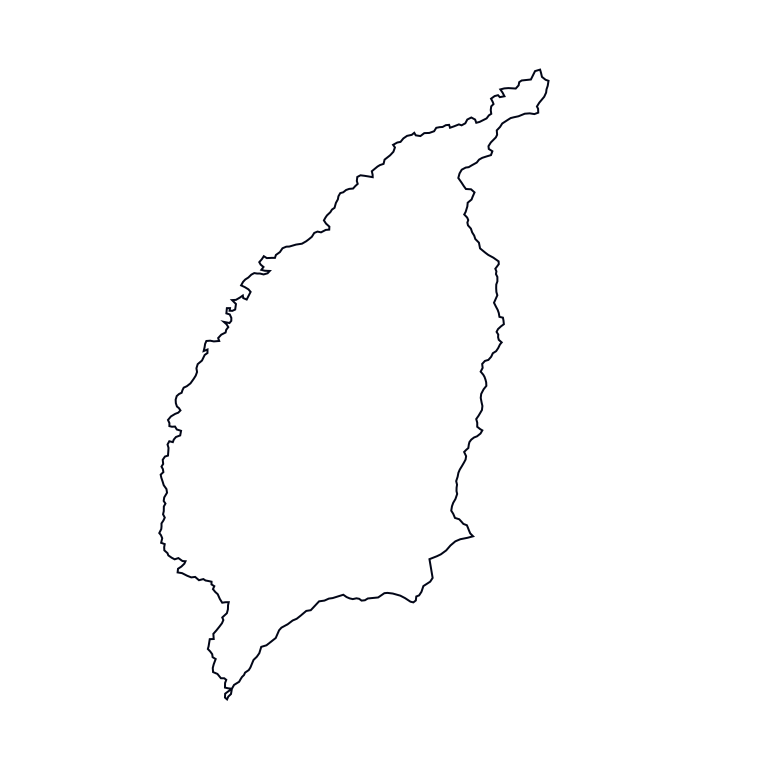 the district of Goianorte, Tocantins, Brazil, rotated 247°
{"feature_id": "56859067B40911142932648", "entity_name": "Goianorte", "entity_type": "district", "adm_level": 2, "iso_a3": "BRA", "parent_name": "Brazil", "parent_adm1": "Tocantins", "projection": "natural_earth1", "projection_center": [-48.98, -8.921], "detail": "fine", "context": "isolated", "style": "outline", "palette": "ink", "viewbox_px": 768, "rotation_deg": 247, "n_neighbors": 0, "source": "geoboundaries", "source_scale": "gbopen_adm2", "svg_char_len": 6167}
<svg xmlns="http://www.w3.org/2000/svg" viewBox="0 0 768 768"><g transform="rotate(247 384 384)"><path d="M209.0,406.5L212.8,405.0L216.2,405.0L219.0,405.1L221.6,405.1L224.2,402.4L226.7,401.6L230.1,400.4L233.0,397.0L237.5,397.0L241.1,396.4L244.9,398.8L247.6,401.3L250.2,404.8L254.2,408.4L257.1,408.9L260.2,410.3L262.8,411.9L266.4,412.5L269.8,415.5L273.2,417.8L275.6,420.3L278.1,423.8L280.5,427.0L282.6,429.6L285.5,431.4L290.1,431.2L291.2,433.8L292.1,436.6L295.1,438.4L297.2,440.0L298.7,442.6L299.6,446.0L299.5,449.2L300.7,453.5L302.9,456.4L304.9,454.9L308.2,453.1L311.9,454.7L315.7,455.2L317.8,458.6L321.8,464.0L325.3,466.0L328.7,466.6L333.4,467.6L336.9,469.6L340.2,473.6L342.3,477.5L345.6,478.7L348.2,479.1L351.2,479.3L353.8,479.0L357.6,477.8L360.3,481.1L364.1,482.2L365.8,485.9L365.4,489.5L367.2,493.3L369.8,496.2L370.4,500.0L372.4,503.1L375.1,506.2L376.3,508.6L379.8,506.9L382.5,507.3L384.9,508.5L388.0,508.0L390.0,510.4L391.4,514.3L392.2,517.7L395.8,518.8L398.6,519.4L400.7,516.5L404.5,517.4L407.8,517.6L411.1,517.3L415.8,517.0L421.4,523.0L424.8,523.4L428.4,524.7L431.7,526.2L434.2,528.5L438.3,530.2L441.4,530.0L443.8,531.5L446.6,531.5L448.1,534.1L449.5,536.5L452.1,537.4L457.6,534.0L462.1,530.4L465.2,528.6L471.3,525.4L477.0,526.6L481.8,524.7L485.4,525.0L489.1,524.4L493.1,524.7L497.2,523.3L500.0,523.8L502.0,525.6L504.7,525.6L508.7,524.1L510.5,526.4L514.9,530.1L518.2,531.9L519.6,536.7L521.5,538.5L525.0,542.2L529.2,540.2L531.5,535.6L534.9,534.8L538.9,534.1L544.6,532.9L548.3,535.8L550.9,539.3L551.3,543.8L550.5,546.7L551.0,550.2L551.6,555.9L553.4,559.2L553.8,562.8L553.4,567.4L552.9,571.9L555.9,574.7L559.4,572.3L562.1,573.1L564.6,576.7L567.3,583.3L569.2,585.5L573.4,586.9L575.3,591.3L577.6,594.6L578.8,601.4L579.3,604.5L578.8,607.7L577.9,612.4L577.8,619.2L576.2,623.9L573.7,627.9L573.5,632.0L577.2,633.4L579.7,633.2L582.3,636.9L585.8,643.7L588.9,647.1L591.7,648.7L594.5,651.2L598.8,653.9L600.9,651.6L605.0,649.4L609.0,650.1L612.4,650.5L613.0,645.3L606.9,638.2L609.6,629.3L609.0,626.4L606.3,624.6L604.5,620.7L607.8,614.1L609.1,610.2L609.7,606.2L605.8,607.0L601.8,607.3L602.8,602.7L605.3,601.8L605.8,598.3L604.8,594.0L601.3,594.3L598.9,594.2L597.7,591.2L594.5,589.3L590.8,588.3L590.3,585.5L588.4,582.2L587.9,574.4L588.4,571.0L591.8,571.2L595.2,568.5L594.9,564.0L592.2,560.7L591.8,556.5L593.7,554.4L593.8,549.4L594.1,544.9L597.1,545.2L598.1,542.0L597.7,538.4L598.7,535.5L599.4,532.2L597.1,528.9L597.4,523.8L599.2,519.1L598.0,514.4L600.5,510.4L603.4,510.0L602.5,506.9L603.4,502.2L602.5,497.8L600.4,493.8L601.1,490.6L600.6,485.8L597.5,486.5L594.1,483.4L592.1,478.9L590.3,472.2L586.8,469.6L587.1,465.8L586.7,463.0L585.7,459.6L584.6,455.9L581.1,455.3L578.8,454.4L581.2,450.7L583.5,447.0L585.3,443.9L585.0,440.3L581.5,438.3L578.5,438.0L577.4,434.9L576.0,431.9L577.2,428.2L577.4,424.9L576.4,421.4L576.8,418.3L574.6,415.4L572.0,413.7L569.5,410.5L565.5,407.3L564.9,404.3L563.1,401.7L561.5,397.4L560.1,395.2L558.1,392.6L554.3,393.3L550.2,395.2L547.5,393.9L548.6,390.6L548.2,385.3L550.3,382.3L550.3,378.8L547.7,375.1L546.6,371.4L545.8,368.2L545.2,363.3L546.7,357.5L547.5,350.6L548.6,347.7L548.6,343.6L546.1,339.7L545.0,334.9L542.7,332.9L543.8,330.4L545.7,325.3L548.6,323.3L546.6,320.3L544.9,316.8L542.1,317.1L538.8,318.8L537.0,315.7L534.9,318.4L532.7,323.0L531.4,320.1L531.9,316.0L534.2,312.9L535.3,310.3L536.8,307.9L536.5,304.6L535.0,300.7L534.4,297.1L533.1,294.2L530.6,291.0L527.6,293.7L524.1,296.2L520.9,297.2L515.4,290.6L518.1,288.0L520.6,288.6L519.9,285.3L519.3,280.6L520.6,276.9L515.5,279.0L510.7,276.1L510.6,273.0L511.8,270.5L514.0,271.9L515.2,269.0L510.6,266.5L508.3,269.2L504.5,269.3L501.8,268.1L500.5,265.6L503.8,260.8L500.5,262.4L497.2,262.9L495.6,260.0L493.3,258.3L493.0,253.5L491.1,249.3L488.0,249.1L489.7,244.0L491.8,240.9L493.0,237.3L490.8,235.0L487.9,233.2L484.8,230.9L484.7,235.0L481.5,233.6L480.8,230.3L476.7,225.6L475.1,220.3L471.8,217.5L468.1,216.6L465.3,214.0L463.2,211.0L460.2,206.1L459.0,201.6L458.9,198.2L457.0,196.0L455.0,194.3L454.9,191.5L453.9,188.5L451.0,186.1L447.7,184.9L444.2,184.6L441.9,185.8L439.2,186.3L438.0,183.4L438.1,180.1L437.4,175.2L435.3,171.1L431.9,171.2L429.1,170.0L427.5,172.1L426.5,175.0L423.1,175.5L420.2,178.9L416.3,176.3L416.5,171.8L415.0,168.8L413.0,166.9L415.2,164.0L412.9,161.1L409.4,160.7L406.6,159.3L402.5,157.2L402.8,154.0L400.7,150.7L396.7,149.5L394.9,146.9L392.1,147.2L389.1,146.5L387.8,143.0L384.7,142.4L380.8,142.1L376.9,141.7L372.3,142.7L368.7,141.8L365.5,137.4L362.4,135.5L359.3,136.1L357.3,133.5L353.0,131.6L350.4,129.7L346.7,130.0L344.6,127.7L342.6,124.7L339.9,123.6L337.5,122.3L334.6,118.9L332.1,119.6L328.7,119.6L324.9,116.8L322.3,119.6L319.7,117.9L316.7,116.8L312.9,118.6L310.5,118.5L307.0,120.7L304.4,122.8L304.1,126.7L299.8,129.3L298.4,132.0L296.6,130.0L295.1,126.1L294.4,122.2L291.2,120.4L288.8,124.2L284.4,127.9L281.3,131.0L280.2,134.8L275.7,137.0L275.0,141.5L272.9,142.9L271.3,145.3L269.4,148.0L266.9,146.9L264.2,148.8L262.0,146.4L258.5,147.4L255.5,148.8L250.2,148.9L245.9,149.6L245.1,152.7L243.8,155.8L241.3,154.0L237.6,152.3L234.4,149.8L232.3,143.9L229.5,143.9L227.1,141.4L224.9,137.6L222.7,133.5L220.7,129.3L215.8,127.6L217.2,123.9L211.0,120.0L208.9,118.3L205.8,119.5L202.4,120.3L199.5,119.5L196.6,121.6L192.5,117.7L189.5,115.4L185.6,114.1L182.2,117.4L176.9,118.9L175.5,122.0L173.3,123.2L170.9,120.9L166.7,119.0L164.8,121.6L162.9,124.9L165.6,128.4L166.5,134.3L168.2,136.5L169.8,138.8L170.8,141.4L172.6,143.3L173.5,147.7L175.2,150.2L181.0,156.1L182.6,160.3L184.9,164.0L190.0,168.3L189.4,173.7L192.5,185.1L198.3,191.2L199.8,194.4L200.5,201.6L202.0,207.5L202.0,211.9L203.2,216.3L205.5,223.8L204.4,228.2L209.3,239.3L207.9,244.6L208.0,249.4L207.0,253.1L205.9,264.2L202.5,266.3L200.1,268.6L198.2,271.2L197.5,274.9L196.0,277.2L193.4,278.7L192.4,281.9L192.9,285.3L189.8,295.2L191.3,302.6L190.4,305.5L187.7,310.2L182.8,316.3L178.7,319.7L173.3,323.3L171.5,325.7L172.3,328.7L175.8,330.7L175.7,333.7L178.1,337.3L182.6,341.3L184.0,349.3L186.5,353.0L205.0,357.4L204.8,365.5L205.0,369.8L206.5,376.2L209.4,382.1L211.3,388.2L211.3,393.6L209.8,400.8L209.0,406.5ZM162.9,124.9L161.7,119.6L161.0,116.8L157.5,115.1L155.0,116.3L157.1,118.5L158.4,122.0L162.9,124.9Z" fill="none" stroke="#020617" stroke-width="2"/></g></svg>